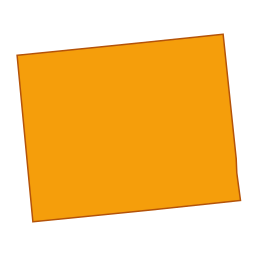 Mitchell, Kansas, United States of America (Albers equal-area conic projection), rotated 354°
{"feature_id": "52423323B46685429540919", "entity_name": "Mitchell", "entity_type": "district", "adm_level": 2, "iso_a3": "USA", "parent_name": "United States of America", "parent_adm1": "Kansas", "projection": "albers", "projection_center": [-98.087, 39.393], "detail": "fine", "context": "isolated", "style": "filled", "palette": "amber", "viewbox_px": 256, "rotation_deg": 354, "n_neighbors": 0, "source": "geoboundaries", "source_scale": "gbopen_adm2", "svg_char_len": 285}
<svg xmlns="http://www.w3.org/2000/svg" viewBox="0 0 256 256"><g transform="rotate(354 128 128)"><path d="M232.3,211.8L231.5,184.0L232.4,169.9L232.4,44.7L231.2,44.7L147.7,44.6L25.3,44.1L23.6,211.3L148.7,211.9L232.3,211.8Z" fill="#f59e0b" stroke="#b45309" stroke-width="1.5"/></g></svg>